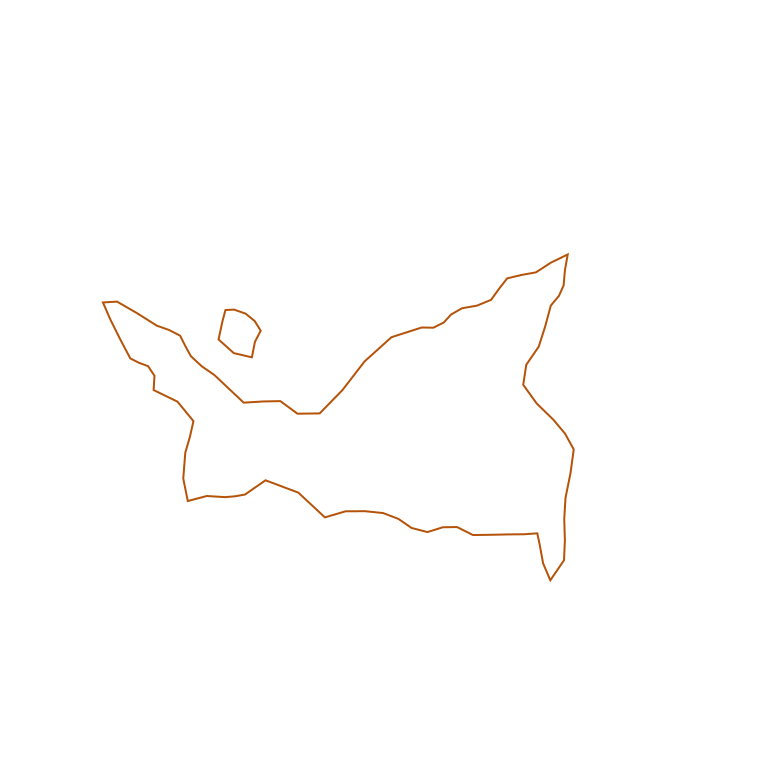 an SVG outline of Abşeron, rotated 225°
{"feature_id": "AZE-1690", "entity_name": "Abşeron", "entity_type": "District", "adm_level": 1, "iso_a3": "AZE", "parent_name": "Azerbaijan", "parent_adm1": "", "projection": "mercator", "projection_center": [49.385, 40.295], "detail": "fine", "context": "isolated", "style": "outline", "palette": "amber", "viewbox_px": 768, "rotation_deg": 225, "n_neighbors": 0, "source": "natural_earth", "source_scale": "10m", "svg_char_len": 1343}
<svg xmlns="http://www.w3.org/2000/svg" viewBox="0 0 768 768"><g transform="rotate(225 384 384)"><path d="M238.8,478.5L220.8,476.9L203.6,471.9L189.2,453.0L175.2,431.9L161.0,415.9L145.6,401.4L132.1,386.7L127.6,362.8L144.7,369.7L160.5,380.6L170.0,386.8L178.7,376.8L189.6,365.7L200.3,354.5L214.3,340.1L231.2,334.5L241.1,324.3L248.6,310.0L262.7,301.7L278.4,298.8L293.4,292.1L307.4,280.7L321.1,266.9L331.5,247.9L367.8,246.6L399.7,232.1L401.9,220.0L404.1,207.6L409.8,199.4L416.4,191.6L430.1,179.5L440.0,162.5L459.1,175.2L476.0,195.0L484.0,209.6L492.5,223.0L517.5,225.5L542.6,216.8L552.1,227.5L563.4,229.8L572.3,225.7L581.5,222.7L602.2,229.1L623.1,236.1L640.4,242.9L631.0,253.5L608.5,259.5L585.9,264.6L574.2,270.2L562.3,274.0L551.5,270.4L540.2,267.1L525.1,267.7L510.4,270.4L470.0,271.6L457.2,286.1L445.2,298.6L424.2,301.8L408.7,317.7L409.1,350.4L413.7,386.2L411.8,422.4L397.3,450.6L388.9,458.7L385.2,469.8L385.7,480.6L382.4,492.7L373.7,505.1L367.8,519.2L370.0,532.8L371.6,545.8L363.9,558.3L355.5,570.4L351.8,587.9L345.7,605.5L336.6,592.5L326.7,580.7L322.6,570.0L321.5,557.4L310.9,539.0L301.0,519.8L297.0,498.2L285.0,481.9L262.3,478.2L238.8,478.5ZM519.9,337.1L508.9,334.5L505.0,322.4L497.6,311.4L496.3,309.4L512.1,299.6L532.5,298.5L543.0,314.8L548.4,324.2L542.6,330.6L531.6,335.9L519.9,337.1Z" fill="none" stroke="#b45309" stroke-width="2"/></g></svg>